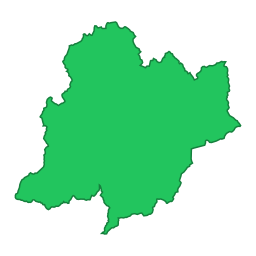 the district of Castrovirreyna, Huancavelica, Peru
{"feature_id": "86281439B87306376910485", "entity_name": "Castrovirreyna", "entity_type": "district", "adm_level": 2, "iso_a3": "PER", "parent_name": "Peru", "parent_adm1": "Huancavelica", "projection": "orthographic", "projection_center": [-75.406, -13.15], "detail": "fine", "context": "isolated", "style": "filled", "palette": "green", "viewbox_px": 256, "rotation_deg": 0, "n_neighbors": 0, "source": "geoboundaries", "source_scale": "gbopen_adm2", "svg_char_len": 5718}
<svg xmlns="http://www.w3.org/2000/svg" viewBox="0 0 256 256"><path d="M240.6,125.6L239.0,123.1L238.5,122.9L237.2,120.7L235.8,120.2L233.4,117.8L229.6,115.6L227.1,110.9L227.6,109.4L228.3,109.1L229.1,107.7L228.0,104.7L228.5,102.9L227.9,101.3L226.8,100.0L226.6,99.2L226.6,98.3L227.2,97.4L226.9,96.4L227.9,95.3L227.3,92.3L229.3,91.2L229.6,90.2L228.8,88.1L229.5,86.1L228.1,82.2L228.5,81.0L228.7,79.0L227.1,76.4L228.0,75.1L227.4,74.0L227.3,72.6L227.7,70.9L227.5,68.6L226.4,66.8L224.2,66.3L223.9,65.8L224.4,64.0L225.7,61.8L224.2,61.7L222.7,62.0L222.0,61.5L221.4,61.5L219.1,62.8L216.7,63.1L215.9,64.3L214.6,65.1L212.5,65.8L209.4,65.6L206.7,67.3L205.1,67.0L204.5,66.4L202.7,66.6L201.4,67.9L201.4,69.6L200.8,71.0L199.3,72.5L197.6,73.4L196.6,74.4L196.5,75.8L197.7,77.0L197.6,78.3L197.2,78.7L194.3,79.9L193.1,77.4L190.2,73.5L190.0,72.7L188.1,73.7L187.1,71.8L185.5,70.8L184.9,70.8L184.6,68.8L183.2,66.8L182.8,64.9L182.2,64.1L180.6,63.0L179.9,63.8L179.5,63.7L178.9,62.6L179.1,61.5L178.9,61.1L176.0,58.5L174.9,57.9L173.9,56.5L173.2,56.1L172.4,53.9L171.0,53.5L170.1,52.2L169.0,51.5L167.4,52.8L165.4,53.5L165.2,55.1L164.4,56.5L164.6,57.4L163.5,57.5L162.5,58.9L161.6,61.4L160.6,62.3L159.0,62.6L157.4,61.8L156.8,61.3L156.3,60.0L153.5,58.5L152.8,60.5L151.0,60.5L150.5,60.9L149.3,66.2L147.0,66.1L145.8,67.2L145.7,67.6L145.2,67.7L143.9,66.9L140.2,65.4L142.1,63.4L142.6,62.6L142.5,62.0L141.9,60.1L140.3,59.3L139.7,56.3L138.3,54.1L140.7,51.9L140.8,51.6L139.3,50.6L139.4,49.6L139.1,48.9L136.0,47.3L133.8,43.5L133.0,41.2L133.1,39.1L135.6,36.4L134.3,35.2L133.2,32.6L130.3,31.1L129.8,30.1L128.1,28.6L125.6,26.9L124.7,26.8L122.8,28.3L120.5,28.3L118.5,26.8L116.6,22.7L115.5,22.0L110.8,22.7L109.1,23.2L108.1,22.7L107.4,22.9L106.7,23.9L105.9,26.0L105.9,28.4L102.5,28.5L101.7,28.0L101.3,27.0L98.2,27.9L97.6,27.6L96.4,26.0L94.9,25.8L94.3,27.4L94.1,30.9L91.9,35.3L91.0,35.2L89.3,33.8L88.2,35.3L87.3,35.7L86.2,35.4L84.8,33.9L83.7,34.1L83.3,34.5L83.5,35.2L83.3,37.5L82.4,38.5L82.1,39.8L80.9,41.3L76.5,43.6L74.8,43.9L74.0,44.6L72.8,45.3L71.5,45.0L69.3,45.9L69.4,46.6L69.2,48.1L66.9,54.5L65.0,56.7L64.4,58.3L64.3,60.0L63.0,61.1L62.8,61.8L63.4,62.5L63.7,63.5L65.2,65.3L65.1,67.3L66.1,68.4L67.7,69.2L67.9,69.9L67.8,70.4L66.6,71.3L67.7,71.9L68.4,72.8L69.0,74.4L68.8,75.7L70.3,76.7L71.6,78.7L72.1,80.0L71.9,81.0L70.9,82.0L69.9,84.9L70.5,86.5L70.1,87.5L69.5,88.2L67.6,89.3L67.0,91.2L65.0,91.3L64.8,92.2L62.1,94.3L62.0,95.5L62.4,97.0L64.8,100.6L64.9,101.7L62.6,103.3L61.7,103.3L58.4,105.5L56.3,104.0L55.0,103.7L51.5,101.0L51.4,100.3L52.1,98.4L51.8,97.7L50.4,97.1L49.0,97.8L47.3,99.4L46.5,102.1L46.5,103.0L47.0,104.5L46.7,106.7L46.2,107.3L43.8,108.3L43.9,110.2L42.7,111.7L42.4,113.4L40.2,116.6L40.4,117.3L41.5,117.7L42.0,118.4L43.1,123.0L43.6,123.8L43.6,124.9L43.2,125.9L45.5,125.7L47.0,127.0L46.3,129.1L46.8,130.3L45.3,132.4L45.2,133.1L45.7,133.8L44.3,136.1L43.7,138.6L45.8,141.5L46.6,143.2L47.7,144.1L48.4,146.1L48.3,146.4L47.4,146.6L46.2,147.4L44.7,149.6L45.2,151.6L45.3,153.7L43.9,155.1L44.3,156.7L44.1,159.7L44.5,160.9L44.0,162.3L44.3,164.4L43.6,166.9L36.9,173.2L35.0,173.1L34.7,173.7L33.4,174.1L31.5,173.5L30.6,172.8L29.2,173.9L28.8,175.2L28.3,175.7L24.4,177.7L23.7,178.9L22.1,179.6L20.8,182.0L19.9,184.5L19.4,187.7L18.2,190.7L17.7,192.9L17.3,193.4L15.9,194.0L15.4,195.3L15.4,197.6L16.1,198.7L17.3,199.3L20.6,199.6L21.0,200.2L22.6,200.3L23.8,201.1L25.1,201.5L26.6,201.2L27.3,201.9L28.3,202.4L29.5,202.2L30.1,202.4L31.1,202.1L31.9,201.4L32.5,200.2L33.1,199.8L34.3,199.9L35.8,201.3L38.9,202.2L40.3,202.0L41.0,203.0L42.1,203.1L42.9,204.6L43.3,204.8L44.6,204.6L45.2,206.4L46.6,208.5L48.4,209.6L50.2,208.6L50.5,207.8L51.7,206.9L54.0,207.1L54.9,207.0L55.8,206.2L58.1,206.3L58.8,206.0L60.7,204.4L61.1,203.5L62.7,203.2L63.7,201.6L64.5,202.6L66.6,202.5L67.8,203.3L68.8,203.2L69.2,200.9L70.7,199.6L72.1,196.9L73.2,195.6L74.5,196.3L75.2,197.5L77.0,199.2L78.6,199.4L80.5,199.1L84.4,199.2L85.0,199.8L86.4,200.2L87.9,199.6L89.9,199.8L90.2,199.5L90.4,198.5L91.8,195.4L93.6,196.1L94.2,196.0L95.8,194.4L97.2,191.9L98.9,190.5L99.5,188.8L99.4,185.1L100.2,185.8L100.8,187.5L101.3,189.4L101.3,190.8L102.5,192.1L100.4,195.3L102.9,197.6L103.4,199.7L104.0,200.7L104.0,202.2L104.5,203.0L106.8,205.6L108.1,206.0L109.7,207.6L109.6,208.3L108.8,209.1L108.4,210.3L108.4,212.8L107.9,213.3L108.0,214.3L107.6,216.2L108.7,219.3L108.1,220.4L108.6,221.1L108.5,222.0L106.8,223.2L106.8,224.6L105.5,226.0L105.3,227.0L104.6,228.0L104.5,229.1L104.8,230.6L103.7,232.2L102.9,232.2L101.7,233.4L103.2,233.4L104.6,234.0L106.6,233.8L107.6,231.6L111.7,227.8L113.6,227.8L115.1,226.6L116.9,226.0L118.0,225.3L118.3,223.7L118.2,221.6L118.7,220.3L118.3,218.0L119.4,218.1L121.0,217.6L123.6,217.9L125.6,217.3L126.7,217.4L128.1,216.6L130.1,216.0L131.8,214.2L133.6,213.8L134.9,213.7L137.4,214.4L140.4,213.2L141.8,213.1L143.8,215.8L147.1,215.4L148.9,214.3L150.6,214.1L152.3,212.6L153.1,209.7L152.6,207.7L152.9,207.2L154.4,206.5L155.1,204.1L156.9,201.9L156.7,199.8L157.0,199.0L159.0,199.2L160.8,199.0L163.5,200.0L165.7,201.5L166.5,203.1L167.0,203.3L167.6,203.1L168.3,202.3L170.7,201.3L171.5,201.5L172.2,201.1L173.6,198.9L173.5,198.3L172.8,197.5L173.0,197.0L174.7,194.6L175.3,192.8L176.6,192.0L177.8,191.9L177.9,191.1L177.6,190.1L178.2,188.1L179.8,186.0L181.0,183.1L181.0,182.5L179.6,181.0L179.5,180.3L180.8,176.4L181.4,173.8L184.0,171.9L186.6,168.6L187.3,167.3L189.6,166.3L189.7,164.9L192.5,163.1L191.7,161.4L191.1,159.0L191.4,148.9L193.7,148.1L204.7,145.2L205.5,143.0L205.5,141.1L206.3,140.2L207.1,140.2L208.5,140.8L209.6,142.3L211.5,142.5L216.3,141.0L221.0,138.7L221.9,139.2L222.6,138.7L223.6,138.6L224.1,138.3L224.6,136.2L226.3,133.6L227.1,133.0L229.5,131.6L231.6,132.0L232.5,131.5L234.3,129.6L234.8,128.3L236.4,126.9L238.4,126.3L240.0,126.4L240.6,125.6Z" fill="#22c55e" stroke="#15803d" stroke-width="1.5"/></svg>